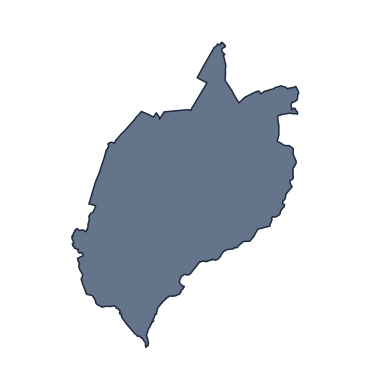 outline of Gherta Mica, Satu Mare, Romania, rotated 161°
{"feature_id": "2599482B13722871342029", "entity_name": "Gherta Mica", "entity_type": "district", "adm_level": 2, "iso_a3": "ROU", "parent_name": "Romania", "parent_adm1": "Satu Mare", "projection": "orthographic", "projection_center": [23.217, 47.934], "detail": "fine", "context": "isolated", "style": "filled", "palette": "slate", "viewbox_px": 384, "rotation_deg": 161, "n_neighbors": 0, "source": "geoboundaries", "source_scale": "gbopen_adm2", "svg_char_len": 5963}
<svg xmlns="http://www.w3.org/2000/svg" viewBox="0 0 384 384"><g transform="rotate(161 192 192)"><path d="M286.1,60.2L283.4,61.2L282.7,62.8L282.2,63.6L282.0,64.1L282.2,65.5L281.9,67.0L281.7,71.0L281.3,72.0L279.2,74.6L278.7,75.7L275.4,78.6L275.0,79.2L273.5,80.4L272.9,81.4L271.8,81.8L271.7,82.3L271.3,82.0L270.4,82.4L270.3,82.7L270.5,84.0L270.4,84.2L269.1,85.0L268.3,86.4L267.4,87.2L266.9,87.8L266.6,88.0L266.4,88.4L265.9,88.1L265.3,88.3L264.5,90.0L263.6,91.5L262.8,92.4L262.5,93.2L261.9,93.6L261.5,94.1L260.5,94.5L259.5,95.3L258.8,95.5L258.0,96.3L256.5,96.9L254.7,98.3L252.5,98.9L251.8,99.5L250.9,99.5L250.7,99.6L250.6,100.2L250.3,100.4L249.0,100.4L246.8,100.9L246.4,100.7L245.8,100.6L244.9,99.8L244.7,99.7L243.7,100.2L242.5,99.2L241.6,99.4L240.7,99.2L239.9,99.6L239.1,99.4L238.0,99.6L236.8,99.5L235.7,100.9L235.3,100.9L234.7,101.5L234.7,102.0L233.9,102.7L232.7,103.0L231.5,103.9L231.3,104.4L230.4,104.7L230.2,105.0L230.1,105.3L231.2,106.2L231.8,106.5L232.0,107.4L233.0,108.9L233.1,109.4L233.1,110.6L232.8,112.0L232.5,112.5L231.9,112.9L231.0,114.2L230.1,115.0L228.5,115.9L226.7,116.5L226.0,116.6L225.6,116.5L223.7,115.1L223.1,115.2L222.0,114.8L220.3,115.1L207.6,123.3L206.6,123.0L205.3,123.3L203.7,123.0L201.9,121.8L200.9,122.1L200.1,121.2L198.3,121.8L197.5,121.5L196.8,121.6L196.1,121.3L195.5,121.5L194.8,121.3L194.5,121.7L192.8,120.4L191.7,119.9L189.5,120.0L188.6,120.4L186.4,121.6L185.7,122.1L184.5,123.5L181.5,125.5L180.3,125.5L179.0,126.0L177.6,126.1L171.2,124.8L170.0,125.7L169.6,125.3L168.9,125.1L167.9,124.7L166.8,125.1L165.9,125.9L159.4,128.5L153.4,126.7L147.9,129.9L145.3,132.5L143.4,134.0L141.9,135.4L129.3,134.4L129.1,135.5L128.7,135.9L128.5,136.4L127.0,137.6L126.9,138.1L126.4,138.7L125.3,139.7L125.5,140.8L125.4,141.4L124.5,141.7L123.9,142.3L123.6,142.2L122.5,141.5L120.3,141.2L116.4,142.1L114.4,145.1L112.5,146.7L109.5,148.1L108.7,149.7L109.7,151.3L109.9,152.3L109.1,153.7L107.8,154.2L105.9,155.5L105.3,156.9L103.7,159.4L101.0,161.2L95.7,164.4L96.0,165.6L96.2,169.3L95.7,170.4L95.6,170.9L92.6,171.3L91.5,172.8L91.2,173.5L91.0,175.1L88.8,181.3L85.1,184.3L84.1,185.7L83.5,186.8L84.1,194.7L83.1,197.6L82.3,199.3L82.2,200.2L82.4,200.8L84.1,202.9L84.8,204.1L89.0,205.7L89.9,206.5L90.8,207.4L91.9,209.1L93.8,211.1L94.2,211.3L94.6,211.9L94.7,212.3L94.7,212.7L93.1,214.8L92.0,216.7L91.2,217.6L91.0,218.9L90.3,220.4L89.2,223.9L88.9,224.6L88.6,225.4L88.6,226.1L88.1,227.2L87.8,228.8L87.8,230.2L87.4,232.0L86.8,233.6L86.7,234.9L85.8,236.1L81.6,236.0L74.5,234.8L73.5,234.5L71.8,233.4L68.2,232.2L67.5,231.5L67.0,231.3L66.1,233.2L67.2,234.8L67.3,235.4L67.1,236.7L67.2,237.2L68.5,238.2L68.8,238.1L69.6,237.2L70.6,237.1L70.9,237.3L70.8,237.9L71.0,237.9L71.2,238.2L70.5,238.9L70.3,239.4L70.2,241.7L70.0,242.1L68.4,243.9L68.0,244.1L66.4,243.9L65.1,244.1L63.1,244.6L62.0,245.6L61.8,246.0L61.5,247.3L60.8,248.1L60.5,249.2L59.8,250.1L59.2,250.3L59.0,251.3L58.7,252.1L58.7,252.9L59.6,258.1L61.6,257.6L63.2,258.2L64.3,258.0L65.1,258.2L65.9,258.7L67.4,258.3L68.1,258.4L68.4,258.8L68.7,259.7L69.5,260.3L69.9,261.3L70.9,261.5L72.4,262.8L73.6,263.5L76.3,263.3L79.3,263.8L81.5,262.9L84.8,263.4L87.4,263.2L88.1,263.5L89.0,263.7L91.7,263.3L94.9,262.4L95.9,265.8L96.8,265.9L100.3,265.8L110.4,264.5L112.4,264.0L115.4,262.4L118.7,261.1L120.5,269.7L121.3,274.9L122.6,280.4L123.3,282.4L124.3,286.2L124.3,286.8L123.9,288.2L123.0,289.7L121.7,293.5L121.1,294.7L121.0,295.2L121.0,295.7L120.3,297.8L119.0,300.0L118.5,302.5L118.4,305.0L118.0,308.1L117.9,309.7L118.0,311.1L116.5,311.2L116.3,311.8L117.6,314.1L118.0,315.4L117.9,316.2L117.3,317.2L116.4,317.9L113.7,318.3L113.2,318.7L113.0,319.0L113.0,319.8L114.0,322.2L114.8,323.6L115.4,323.8L115.7,323.8L117.8,322.1L118.3,322.3L119.3,323.4L119.7,323.6L120.7,322.4L124.0,321.4L140.2,307.2L149.8,298.4L142.4,290.2L165.2,271.0L165.5,270.4L165.7,270.5L166.3,269.5L169.1,271.2L192.3,276.8L198.7,271.7L198.5,273.2L198.7,274.0L199.0,274.8L199.6,277.6L200.0,278.3L200.5,278.2L201.9,276.8L204.1,275.5L208.4,280.0L213.7,284.6L215.4,283.5L221.0,280.6L221.5,279.9L236.3,271.5L239.4,270.2L247.7,265.3L249.3,263.3L251.7,265.2L253.8,265.5L255.6,265.0L256.0,264.5L255.7,263.5L255.7,262.7L258.8,259.7L259.5,259.5L264.3,252.3L270.2,244.7L272.3,241.6L274.0,239.7L273.8,239.7L278.4,234.8L280.5,232.2L293.3,214.3L287.6,210.4L287.9,209.8L292.1,205.2L294.6,204.8L297.3,202.7L298.3,199.0L300.7,195.6L301.1,194.9L301.3,193.5L302.4,192.0L305.1,189.0L307.5,191.8L311.1,192.3L311.6,193.1L311.9,194.0L312.5,194.6L313.0,194.9L313.4,194.9L314.9,193.7L315.4,193.7L315.3,193.4L315.4,193.1L316.1,192.5L317.7,191.5L317.9,191.2L317.9,190.7L318.8,189.1L319.0,189.2L319.0,189.8L319.3,189.8L319.8,189.2L320.5,187.9L320.4,187.1L320.6,185.8L320.2,184.6L320.4,183.8L320.4,182.8L320.5,182.2L321.2,182.2L322.0,182.1L321.9,181.1L322.3,180.4L322.3,180.2L321.7,179.4L321.5,178.8L321.4,177.4L321.2,177.1L320.8,177.1L320.6,176.5L319.9,175.7L318.2,174.8L318.2,174.5L318.8,173.7L319.1,173.2L319.0,172.1L318.8,171.6L318.5,171.2L317.8,170.7L317.4,170.9L316.7,170.9L315.8,170.3L315.9,169.9L316.0,169.4L315.4,168.8L315.6,168.3L315.7,167.1L319.0,166.9L321.8,166.4L322.0,164.2L322.1,163.8L322.2,162.6L321.7,161.3L321.8,160.9L323.0,159.3L323.4,157.7L323.3,154.1L322.6,151.3L322.3,149.2L322.5,148.8L323.1,147.9L325.0,146.0L325.2,145.6L325.3,141.5L325.0,130.0L324.9,129.8L323.7,128.8L320.5,127.0L319.8,126.3L319.6,125.7L319.5,124.5L318.7,121.5L319.0,118.3L318.8,117.7L318.4,116.8L317.8,115.9L315.4,113.5L315.1,112.9L313.9,112.2L310.8,112.0L309.4,111.7L308.9,111.2L305.9,110.2L304.9,110.0L303.1,109.9L302.7,109.5L302.2,109.5L301.8,108.8L301.5,107.9L301.5,106.9L301.3,106.6L300.4,106.0L300.0,105.9L299.5,105.4L299.7,104.7L299.6,104.4L298.8,103.6L298.7,103.1L298.9,102.5L299.7,101.7L299.8,101.1L299.8,100.2L299.0,100.3L298.8,100.0L298.8,99.3L298.6,99.0L299.1,98.0L299.2,96.0L296.7,88.2L292.3,76.8L290.7,74.4L290.7,73.7L290.6,73.4L290.3,73.2L288.9,73.2L288.1,71.6L286.3,69.2L286.3,68.2L285.2,64.6L285.3,63.6L285.7,62.9L286.1,61.9L286.1,60.2Z" fill="#64748b" stroke="#1e293b" stroke-width="1.5"/></g></svg>